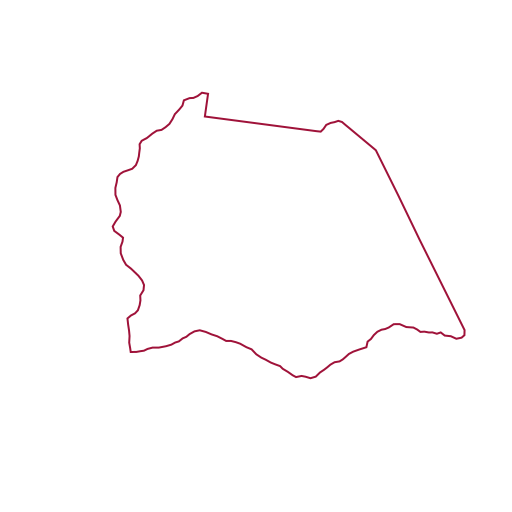 Canápolis, Bahia, Brazil, rotated 331°
{"feature_id": "56859067B78655740096110", "entity_name": "Canápolis", "entity_type": "district", "adm_level": 2, "iso_a3": "BRA", "parent_name": "Brazil", "parent_adm1": "Bahia", "projection": "orthographic", "projection_center": [-44.237, -13.1], "detail": "fine", "context": "isolated", "style": "outline", "palette": "rose", "viewbox_px": 512, "rotation_deg": 331, "n_neighbors": 0, "source": "geoboundaries", "source_scale": "gbopen_adm2", "svg_char_len": 1983}
<svg xmlns="http://www.w3.org/2000/svg" viewBox="0 0 512 512"><g transform="rotate(331 256 256)"><path d="M99.9,279.2L104.6,281.8L108.7,283.2L112.1,284.5L116.1,284.7L121.2,286.0L126.6,289.0L133.6,291.3L139.0,292.5L143.4,292.5L147.1,293.3L151.9,292.5L155.9,292.9L160.1,292.1L165.7,292.1L170.8,293.7L175.3,298.1L179.1,303.0L183.2,307.4L186.5,312.3L188.7,315.8L193.0,318.2L196.6,321.6L199.6,325.0L203.4,331.1L206.9,335.5L208.6,342.1L211.4,347.5L214.2,351.4L217.3,356.4L220.3,360.1L223.7,364.0L224.7,367.6L227.7,372.8L230.2,378.0L232.3,381.3L237.7,383.0L240.8,385.6L244.4,389.3L249.8,390.5L255.5,388.9L260.4,388.5L264.4,387.9L268.4,387.1L273.2,387.0L278.0,388.7L281.8,388.5L285.6,387.7L289.8,386.7L294.7,386.8L301.3,387.9L308.3,389.3L312.1,385.0L316.3,384.3L320.7,382.3L325.4,381.1L330.0,381.3L333.6,382.5L337.4,382.9L343.4,382.4L348.6,385.2L353.0,391.0L359.0,394.9L361.3,398.4L363.0,402.1L366.6,403.8L370.0,406.6L373.3,408.4L376.5,411.7L380.5,412.4L382.5,417.1L387.5,420.6L391.1,425.5L396.2,427.1L399.9,426.3L402.5,421.9L407.0,320.8L409.8,272.0L412.1,221.6L399.5,189.1L397.8,184.8L396.2,180.5L393.5,177.7L389.6,177.0L385.8,175.8L381.0,175.4L376.6,177.6L372.9,178.6L369.2,176.0L278.9,109.2L292.7,90.9L287.9,87.0L282.5,87.8L277.9,87.4L274.4,85.7L268.4,84.9L264.6,88.8L259.8,90.7L253.8,92.6L249.3,95.8L244.3,98.5L239.3,99.5L234.5,99.9L229.9,98.3L224.7,98.7L217.9,99.9L211.9,99.8L208.4,101.8L206.6,105.5L204.0,109.0L201.8,112.1L198.6,115.4L195.0,118.3L190.0,119.7L185.3,118.9L180.9,118.1L176.9,118.3L173.1,119.8L169.9,124.0L166.0,128.3L162.7,134.4L161.9,140.1L161.5,145.8L159.1,151.9L156.3,154.9L149.9,157.8L145.0,160.7L144.2,165.3L146.8,171.0L148.6,175.5L146.2,178.7L142.0,182.4L139.0,188.1L138.0,195.1L138.1,200.7L140.6,206.6L143.6,216.3L144.5,222.2L144.0,227.1L141.0,231.4L135.6,234.4L133.4,238.8L130.4,242.6L126.4,246.2L122.4,247.5L117.8,247.4L113.3,248.3L111.0,253.8L108.8,259.7L106.6,264.7L103.1,270.3L101.3,275.5L99.9,279.2Z" fill="none" stroke="#9f1239" stroke-width="2"/></g></svg>